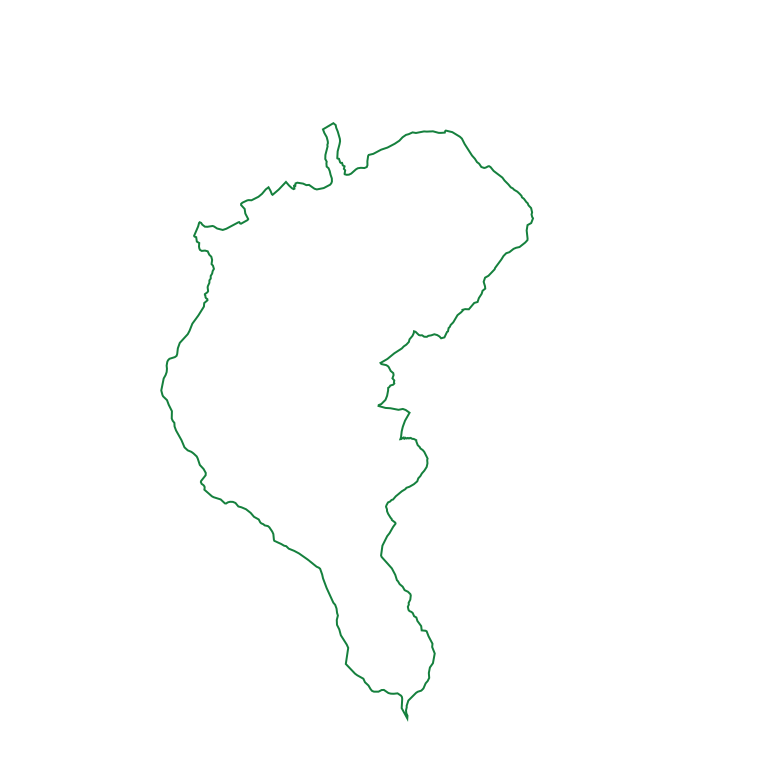 Ciucea, Cluj, Romania, rotated 313°
{"feature_id": "2599482B63586839383412", "entity_name": "Ciucea", "entity_type": "district", "adm_level": 2, "iso_a3": "ROU", "parent_name": "Romania", "parent_adm1": "Cluj", "projection": "equal_earth", "projection_center": [22.834, 46.944], "detail": "fine", "context": "isolated", "style": "outline", "palette": "green", "viewbox_px": 768, "rotation_deg": 313, "n_neighbors": 0, "source": "geoboundaries", "source_scale": "gbopen_adm2", "svg_char_len": 6166}
<svg xmlns="http://www.w3.org/2000/svg" viewBox="0 0 768 768"><g transform="rotate(313 384 384)"><path d="M606.8,380.0L607.2,378.5L608.6,376.3L610.5,375.3L613.0,371.6L613.2,367.9L614.2,365.7L614.1,364.2L614.9,360.0L614.6,357.6L615.4,356.2L615.6,353.4L615.6,350.3L614.8,346.8L614.9,344.8L614.3,342.6L614.8,338.8L615.0,333.4L615.7,329.8L614.6,318.9L615.3,314.0L615.0,312.4L614.4,311.8L611.6,310.8L610.3,309.9L609.1,307.2L610.0,303.3L609.7,300.7L610.7,296.9L611.1,292.6L614.5,279.3L616.6,273.6L616.6,270.9L614.8,262.2L611.5,256.4L610.7,256.3L609.3,257.0L606.2,254.1L604.9,252.6L602.2,247.5L597.8,243.2L596.0,241.0L589.4,236.2L587.5,233.3L583.6,231.7L581.2,230.2L577.1,229.3L572.4,229.3L567.0,228.0L559.3,225.3L553.4,222.1L545.0,219.2L541.1,216.6L539.9,216.9L535.6,219.9L532.7,222.7L530.9,223.4L528.6,222.4L526.3,219.6L523.9,217.7L521.8,217.1L515.5,216.5L513.2,215.6L511.5,214.0L510.6,212.2L511.0,211.7L513.8,209.9L514.0,207.9L516.3,206.7L515.8,204.7L517.1,202.5L516.2,201.5L516.2,200.7L518.0,197.5L517.2,196.2L517.3,195.8L522.6,191.4L529.1,187.9L531.6,186.3L533.2,184.5L537.1,178.0L538.8,174.3L540.4,172.1L540.2,169.1L528.6,165.7L526.9,169.2L525.5,173.7L523.2,177.3L521.9,178.7L520.2,179.5L519.3,180.7L511.6,184.9L508.5,187.6L507.5,190.5L506.2,191.3L503.9,193.8L504.0,196.3L502.7,199.1L500.6,202.2L498.8,205.6L496.6,207.8L495.0,208.5L493.1,208.7L486.2,206.3L480.5,202.2L479.4,200.0L478.5,193.4L476.5,191.6L475.4,188.2L472.1,183.3L470.4,182.5L468.5,183.9L468.3,183.1L467.6,183.0L465.8,185.3L464.9,185.0L464.4,183.2L464.4,179.2L464.9,174.5L454.5,174.4L446.4,173.5L446.3,172.6L447.9,169.2L449.1,165.4L445.7,164.8L439.9,165.1L435.3,164.5L428.0,161.8L426.1,159.5L424.9,158.7L420.1,156.8L418.4,156.6L417.4,157.5L417.0,162.7L414.1,166.3L412.0,172.2L410.8,172.4L403.7,170.1L403.3,169.3L403.7,167.8L403.1,167.3L390.0,162.8L386.7,161.0L383.9,155.9L383.3,152.3L382.7,150.9L378.5,147.6L376.9,145.7L376.6,142.4L377.1,140.4L376.6,138.9L375.7,138.9L372.5,140.6L362.8,144.1L362.6,145.0L363.3,146.5L360.5,150.0L361.1,152.7L358.3,155.0L357.2,156.5L356.6,157.9L357.0,159.9L359.5,162.1L360.8,164.6L359.4,168.0L359.3,170.9L357.5,173.7L354.1,176.1L353.9,178.2L352.2,181.1L349.7,181.7L347.6,183.0L344.8,183.6L342.9,185.4L340.8,185.6L338.9,187.3L335.3,188.5L334.3,189.2L332.0,192.0L330.6,192.3L327.6,191.7L327.0,192.2L326.8,193.1L325.7,194.3L325.4,195.4L325.6,196.9L324.8,197.8L320.6,197.3L317.8,199.5L307.5,201.5L297.4,202.7L290.3,205.5L286.6,206.5L274.8,206.6L269.5,208.9L264.9,212.3L263.1,213.1L261.0,212.7L256.1,209.9L253.9,209.9L252.4,210.4L249.2,212.5L247.1,214.9L244.5,216.9L241.5,218.2L237.8,219.1L227.4,225.5L224.9,229.4L224.3,230.9L224.2,236.3L222.0,240.7L219.5,247.4L214.0,252.3L213.0,254.5L212.6,257.2L210.1,259.8L208.2,263.6L204.8,274.2L201.6,281.3L201.6,285.7L203.0,289.4L203.3,292.0L203.3,296.4L202.5,298.5L199.2,304.5L198.8,310.0L197.4,314.3L195.6,315.8L188.3,316.4L187.4,316.9L186.6,318.7L186.9,321.0L186.6,322.6L185.8,323.6L184.2,324.7L184.5,334.7L185.0,336.6L188.2,343.3L188.2,349.1L188.9,350.0L190.9,350.5L192.7,351.6L194.7,353.8L195.7,356.5L195.1,361.0L196.6,363.8L198.3,368.5L198.8,374.4L198.2,379.5L199.5,384.8L198.4,387.9L198.4,389.3L199.2,391.5L199.2,393.1L200.9,396.0L201.0,397.9L199.8,403.0L198.8,405.4L195.0,409.7L194.5,410.8L196.9,418.0L197.6,421.2L198.7,423.1L198.6,426.6L200.7,432.1L202.1,437.3L203.6,448.1L204.4,459.3L205.2,461.6L205.3,463.3L202.5,468.7L200.3,471.9L195.7,481.1L189.5,496.1L189.2,498.9L187.4,502.4L184.5,505.9L183.2,508.2L179.2,510.4L175.8,513.9L174.0,518.7L170.8,523.8L168.0,534.5L166.6,537.8L153.2,547.0L152.4,560.3L152.7,563.0L154.4,569.9L152.9,573.5L152.9,578.3L151.7,582.2L151.4,584.5L152.1,586.4L155.2,589.8L158.6,591.0L160.2,592.6L161.0,598.0L162.2,600.2L164.1,602.4L167.0,604.9L167.7,609.1L167.3,610.6L166.1,612.1L159.0,618.0L155.3,629.1L157.4,627.4L158.4,624.9L160.3,622.7L163.2,621.0L164.0,620.1L169.1,617.7L180.1,618.1L182.0,618.6L185.2,620.4L188.2,620.5L193.5,618.6L196.6,618.5L199.9,617.5L203.2,613.9L208.0,610.9L213.2,610.2L221.5,604.9L224.5,598.6L227.1,596.6L229.9,588.6L232.2,583.9L231.9,582.7L229.5,579.6L232.3,576.3L233.5,570.0L235.3,566.9L234.7,564.4L236.1,561.2L236.0,559.5L235.3,557.5L235.5,556.0L237.3,553.4L239.6,552.6L240.7,551.3L244.2,550.3L247.6,547.8L248.3,546.6L248.4,543.2L247.3,539.7L248.5,535.9L248.3,532.0L249.3,528.6L249.3,527.3L252.1,522.4L254.5,515.5L255.9,500.2L256.6,498.8L264.7,493.1L274.9,490.1L278.6,489.8L285.8,488.1L289.7,487.7L290.3,486.8L289.9,482.5L290.6,481.4L290.6,480.3L291.9,475.5L293.1,472.9L294.4,471.6L295.6,469.2L297.0,468.5L300.1,467.7L302.2,468.6L304.3,468.6L305.7,469.4L309.9,469.2L317.7,470.2L321.6,471.3L323.4,471.2L326.2,472.7L331.1,474.2L335.5,474.7L338.4,473.4L341.4,473.4L344.4,472.7L348.1,472.6L352.4,471.8L355.6,469.9L357.9,467.4L359.2,466.7L361.8,459.8L362.1,457.5L361.7,454.5L362.2,453.4L362.3,450.3L364.1,446.7L364.9,445.9L364.1,443.2L363.1,442.0L362.8,440.3L361.8,439.9L361.6,439.1L360.7,438.8L360.5,438.0L359.6,437.7L359.2,436.3L358.0,436.4L357.4,435.1L357.9,434.7L357.7,434.6L355.4,434.1L354.8,433.6L356.6,432.8L361.5,429.2L365.6,426.9L371.5,424.4L380.4,422.3L379.8,417.6L378.6,414.8L375.0,412.2L370.7,405.3L367.5,401.4L364.2,395.0L365.0,394.5L367.5,395.7L373.4,395.9L377.5,394.3L382.1,391.4L384.0,389.7L385.3,390.0L387.2,389.7L389.8,391.2L391.4,391.2L392.0,390.1L393.6,389.1L393.9,386.3L397.1,384.9L398.3,383.3L398.1,380.1L399.6,375.9L399.7,374.5L399.3,372.7L396.8,368.5L397.0,367.1L404.6,369.4L413.5,370.6L422.2,372.8L424.9,372.8L428.0,373.5L431.7,373.5L434.1,372.2L438.6,372.0L441.4,371.1L443.0,370.0L443.7,371.5L443.6,376.0L444.2,377.3L445.6,378.6L446.0,381.2L447.8,383.2L449.5,383.6L451.7,385.3L454.7,386.9L456.1,389.6L456.6,392.2L456.4,394.6L459.3,396.4L465.0,394.6L466.1,394.9L469.0,393.1L470.6,393.2L472.6,392.5L476.3,392.6L484.5,390.8L489.0,391.5L492.2,391.5L492.2,391.1L494.1,392.3L496.5,395.1L504.8,394.7L507.8,396.5L511.5,394.8L516.6,393.9L519.4,392.5L522.8,393.0L524.3,391.3L526.7,387.2L530.7,385.4L534.4,386.6L543.3,386.7L544.7,386.1L555.2,384.9L559.1,384.1L563.0,384.2L565.9,385.8L571.2,386.6L573.7,387.7L576.6,389.7L583.7,390.8L587.0,390.8L588.2,389.9L593.6,383.6L598.1,380.6L602.1,381.9L606.8,380.0Z" fill="none" stroke="#15803d" stroke-width="2"/></g></svg>